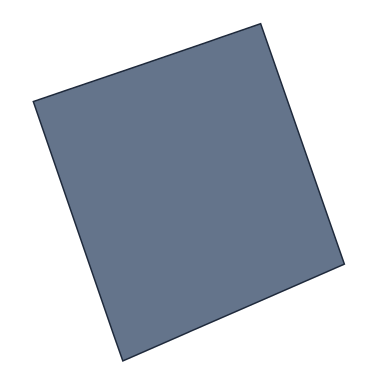 Jones, Mississippi, United States of America, rotated 161°
{"feature_id": "52423323B52993259514924", "entity_name": "Jones", "entity_type": "district", "adm_level": 2, "iso_a3": "USA", "parent_name": "United States of America", "parent_adm1": "Mississippi", "projection": "equal_earth", "projection_center": [-89.153, 31.629], "detail": "fine", "context": "isolated", "style": "filled", "palette": "slate", "viewbox_px": 384, "rotation_deg": 161, "n_neighbors": 0, "source": "geoboundaries", "source_scale": "gbopen_adm2", "svg_char_len": 340}
<svg xmlns="http://www.w3.org/2000/svg" viewBox="0 0 384 384"><g transform="rotate(161 192 192)"><path d="M312.4,54.8L240.8,60.6L239.0,60.8L178.3,65.6L143.3,68.4L116.0,70.6L71.4,74.2L72.3,328.8L114.1,328.8L125.1,328.7L205.7,328.8L275.7,329.1L312.6,329.2L312.6,83.1L312.4,54.8Z" fill="#64748b" stroke="#1e293b" stroke-width="1.5"/></g></svg>